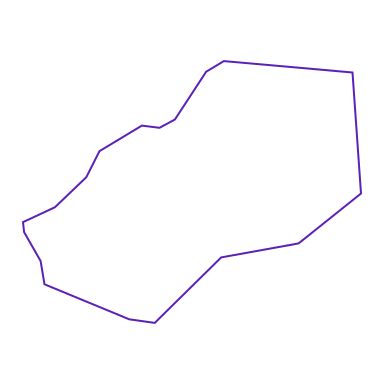 outline of Tonj East, Warrap, South Sudan
{"feature_id": "79223893B19595025939095", "entity_name": "Tonj East", "entity_type": "district", "adm_level": 2, "iso_a3": "SSD", "parent_name": "South Sudan", "parent_adm1": "Warrap", "projection": "orthographic", "projection_center": [29.157, 7.837], "detail": "fine", "context": "isolated", "style": "outline", "palette": "violet", "viewbox_px": 384, "rotation_deg": 0, "n_neighbors": 0, "source": "geoboundaries", "source_scale": "gbopen_adm2", "svg_char_len": 357}
<svg xmlns="http://www.w3.org/2000/svg" viewBox="0 0 384 384"><path d="M161.0,316.7L221.2,257.4L298.6,243.4L361.0,193.5L352.5,72.5L223.8,61.1L206.2,71.7L174.9,119.5L159.5,127.8L141.9,125.6L99.5,151.1L86.3,177.2L55.0,207.2L23.0,222.1L24.1,232.1L40.6,261.0L44.5,284.3L129.2,319.3L154.8,322.9L161.0,316.7Z" fill="none" stroke="#5b21b6" stroke-width="2"/></svg>